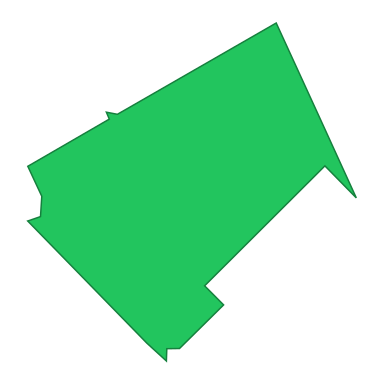 Bleckley, Georgia, United States of America (Mercator projection)
{"feature_id": "52423323B95908635814983", "entity_name": "Bleckley", "entity_type": "district", "adm_level": 2, "iso_a3": "USA", "parent_name": "United States of America", "parent_adm1": "Georgia", "projection": "mercator", "projection_center": [-83.355, 32.428], "detail": "fine", "context": "isolated", "style": "filled", "palette": "green", "viewbox_px": 384, "rotation_deg": 0, "n_neighbors": 0, "source": "geoboundaries", "source_scale": "gbopen_adm2", "svg_char_len": 342}
<svg xmlns="http://www.w3.org/2000/svg" viewBox="0 0 384 384"><path d="M27.8,166.3L41.8,196.3L40.5,216.6L27.7,221.0L146.9,343.2L166.4,361.0L166.8,348.7L179.5,348.5L223.6,304.9L204.6,285.8L324.9,165.9L356.3,197.9L319.2,116.7L276.2,23.0L117.4,114.3L106.4,112.2L109.3,119.1L27.8,166.3Z" fill="#22c55e" stroke="#15803d" stroke-width="1.5"/></svg>